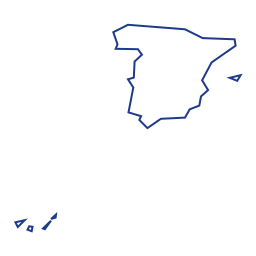 an SVG outline of Spain
{"feature_id": "ESP", "entity_name": "Spain", "entity_type": "country or territory", "adm_level": 0, "iso_a3": "ESP", "parent_name": "Europe", "parent_adm1": "", "projection": "orthographic", "projection_center": [-5.186, 35.705], "detail": "coarse", "context": "isolated", "style": "outline", "palette": "blue", "viewbox_px": 256, "rotation_deg": 0, "n_neighbors": 0, "source": "natural_earth", "source_scale": "50m", "svg_char_len": 668}
<svg xmlns="http://www.w3.org/2000/svg" viewBox="0 0 256 256"><path d="M185.0,29.3L202.6,38.1L234.6,39.3L235.6,45.7L211.6,62.4L202.1,80.3L208.1,90.1L201.0,96.4L199.3,105.6L189.7,109.3L185.0,117.6L160.9,118.8L147.4,128.1L139.3,119.9L141.1,116.2L128.5,112.4L133.3,87.5L128.0,79.3L133.8,77.6L134.6,61.5L141.9,54.7L137.9,49.2L115.7,48.8L117.5,44.3L113.3,32.2L127.9,24.8L185.0,29.3ZM229.7,77.8L240.6,75.2L237.2,80.8L229.7,77.8ZM24.7,220.2L17.8,227.0L15.4,222.3L24.7,220.2ZM51.0,220.7L44.8,229.2L43.0,228.5L51.0,220.7ZM32.5,226.8L31.7,231.2L27.5,229.7L29.2,226.3L32.5,226.8ZM55.6,217.6L51.1,219.0L56.0,214.5L55.6,217.6Z" fill="none" stroke="#1e3a8a" stroke-width="2"/></svg>